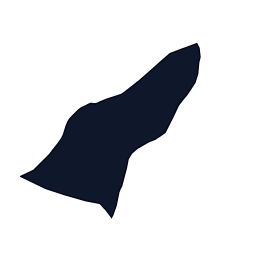 outline of Al Lait, North Darfur, Sudan, rotated 133°
{"feature_id": "16777658B5363831702357", "entity_name": "Al Lait", "entity_type": "district", "adm_level": 2, "iso_a3": "SDN", "parent_name": "Sudan", "parent_adm1": "North Darfur", "projection": "mercator", "projection_center": [26.82, 11.965], "detail": "fine", "context": "isolated", "style": "filled", "palette": "ink", "viewbox_px": 256, "rotation_deg": 133, "n_neighbors": 0, "source": "geoboundaries", "source_scale": "gbopen_adm2", "svg_char_len": 1541}
<svg xmlns="http://www.w3.org/2000/svg" viewBox="0 0 256 256"><g transform="rotate(133 128 128)"><path d="M145.3,175.9L148.7,176.5L156.8,176.8L161.1,176.8L161.7,176.7L164.6,176.1L167.4,175.0L169.3,174.3L171.7,173.1L174.8,171.6L176.9,170.6L178.2,170.2L181.3,169.3L186.3,168.6L190.0,168.3L195.8,167.8L201.0,167.3L204.9,167.4L214.8,167.8L223.3,168.1L227.2,169.6L236.3,173.3L236.5,173.3L233.1,162.5L230.2,153.1L229.7,151.6L228.5,147.8L228.1,146.6L227.8,145.9L225.6,141.1L223.6,136.9L223.1,135.8L223.1,135.7L219.6,128.2L215.7,120.6L215.3,119.9L214.9,119.1L210.1,109.6L208.6,107.2L205.4,102.2L202.2,97.0L202.3,95.8L202.3,95.6L202.8,90.3L202.8,89.5L202.7,89.1L202.8,88.7L202.9,88.1L203.5,84.6L204.3,80.1L204.4,79.6L204.5,79.2L203.7,79.4L202.7,79.6L193.1,83.7L181.0,91.1L177.9,92.3L175.1,93.0L158.3,102.0L150.5,106.9L143.9,108.2L136.5,107.4L123.8,103.5L118.1,100.7L112.2,99.2L106.0,97.9L90.3,102.4L77.2,106.6L70.9,107.3L63.0,107.7L49.1,110.1L40.8,114.1L31.8,121.1L27.0,123.8L21.2,130.5L19.5,135.1L19.7,135.3L35.5,143.3L44.9,147.9L57.4,149.2L67.1,150.1L75.7,150.9L81.2,151.5L86.4,152.0L86.7,152.0L88.6,152.5L89.1,152.6L89.6,152.6L90.3,152.7L90.9,152.7L91.5,152.8L97.8,153.8L102.6,154.6L107.6,155.5L110.8,157.2L115.1,159.6L121.0,162.9L122.0,163.4L122.4,163.6L125.8,165.1L128.1,166.2L129.0,166.5L131.0,167.3L131.3,167.5L132.0,168.0L133.4,169.1L134.1,170.2L134.3,170.4L135.0,171.5L135.3,171.9L136.3,172.4L136.5,172.5L137.6,173.0L139.3,173.6L139.6,173.7L140.0,173.8L145.2,175.9L145.3,175.9Z" fill="#0f172a" stroke="#020617" stroke-width="1.5"/></g></svg>